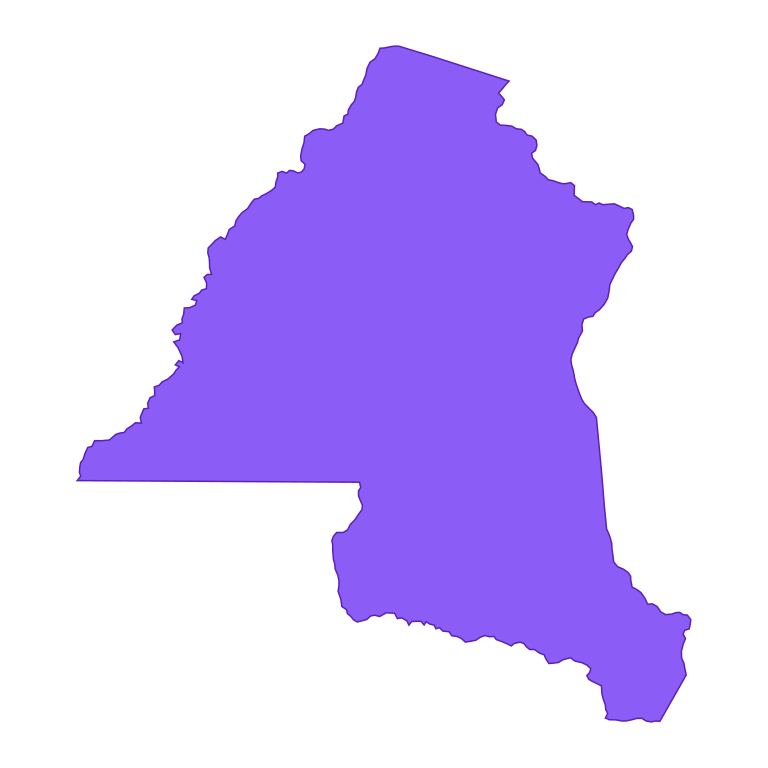 Reserva do Cabaçal, Mato Grosso, Brazil
{"feature_id": "56859067B45237202156931", "entity_name": "Reserva do Cabaçal", "entity_type": "district", "adm_level": 2, "iso_a3": "BRA", "parent_name": "Brazil", "parent_adm1": "Mato Grosso", "projection": "mercator", "projection_center": [-58.451, -14.934], "detail": "fine", "context": "isolated", "style": "filled", "palette": "violet", "viewbox_px": 768, "rotation_deg": 0, "n_neighbors": 0, "source": "geoboundaries", "source_scale": "gbopen_adm2", "svg_char_len": 4587}
<svg xmlns="http://www.w3.org/2000/svg" viewBox="0 0 768 768"><path d="M609.2,719.7L616.0,719.9L621.8,721.0L625.7,721.0L631.2,719.9L636.9,718.4L641.7,718.3L646.2,721.0L651.3,721.9L655.5,721.0L659.9,721.3L686.2,675.0L684.9,668.9L683.9,663.1L681.6,658.0L681.4,651.2L683.2,644.1L685.5,638.5L683.1,634.1L684.7,630.3L689.2,628.9L690.2,624.3L690.8,619.7L687.4,615.1L683.1,614.7L679.8,612.4L675.9,612.6L671.7,614.1L665.7,614.6L660.9,612.0L657.1,606.5L652.6,603.9L647.6,604.1L644.9,598.2L640.9,592.5L636.4,589.3L632.1,587.1L630.8,580.4L630.6,576.1L628.2,572.6L623.5,569.2L617.5,566.6L613.7,561.9L612.8,554.6L612.0,548.8L611.7,543.2L610.4,538.5L608.9,534.0L606.6,529.0L604.2,504.3L602.6,484.2L601.1,467.2L596.4,417.5L593.1,412.3L590.1,409.4L584.4,403.6L581.7,399.1L579.7,394.2L578.2,389.9L576.3,384.5L574.6,378.1L573.5,371.5L571.4,364.2L570.9,359.6L572.2,354.0L575.2,347.4L577.4,342.8L578.5,338.3L580.6,334.5L582.5,330.8L581.9,324.8L583.7,319.0L588.6,317.0L592.9,316.3L595.2,312.7L599.4,309.7L604.0,304.6L607.7,298.2L609.2,290.4L609.9,284.3L612.6,278.8L615.2,273.5L618.1,268.7L621.4,262.7L624.9,258.4L627.4,254.7L631.4,251.1L632.5,246.6L630.4,242.5L628.4,239.1L626.7,234.5L628.2,229.2L630.9,223.1L633.7,219.1L633.5,214.8L632.2,209.5L628.3,207.6L624.1,208.4L619.4,206.1L614.2,203.8L608.9,204.2L602.8,204.7L599.1,203.0L595.4,204.7L591.7,201.9L586.4,201.8L582.5,201.7L578.9,198.9L574.1,195.3L574.3,190.0L574.5,185.7L570.8,182.6L566.6,183.5L562.7,183.7L558.4,182.6L553.2,180.7L548.2,179.7L545.3,176.5L540.3,173.0L539.1,168.4L537.9,164.5L534.8,160.8L532.4,157.9L531.6,153.2L535.5,150.5L536.9,145.6L536.2,140.1L532.0,136.1L527.0,135.0L524.6,131.4L521.3,129.3L516.4,128.8L511.7,126.1L506.1,125.4L500.2,125.1L496.3,121.9L495.5,114.2L497.7,107.9L502.2,104.7L504.4,99.9L501.4,96.1L498.6,93.1L502.7,88.4L505.9,84.4L509.1,81.1L426.9,54.7L420.1,52.7L399.0,46.2L394.7,46.1L390.3,46.7L384.3,48.0L380.0,48.2L378.0,53.7L374.9,58.8L370.0,62.2L367.1,68.3L365.7,75.3L363.4,80.6L362.2,84.2L358.3,87.3L356.5,91.9L355.8,96.7L354.4,101.3L351.2,105.0L348.3,110.0L347.9,114.2L344.1,115.9L342.8,123.1L336.6,125.8L333.5,129.1L328.4,130.4L324.7,129.1L319.6,128.8L313.1,130.4L309.0,133.8L304.7,136.2L304.0,142.7L301.9,149.2L300.7,156.0L301.2,160.8L305.1,164.4L304.1,168.9L301.6,171.9L297.9,173.0L293.2,170.8L289.5,170.4L286.6,173.1L282.2,171.4L277.7,173.0L277.7,176.9L276.0,181.8L275.2,187.3L271.1,190.7L265.8,193.9L261.8,195.8L258.8,198.3L254.3,199.2L251.6,202.5L247.5,208.7L242.2,212.5L238.7,216.5L236.1,220.6L234.7,226.0L229.3,229.4L227.1,235.2L225.2,239.4L220.7,236.9L215.2,240.6L212.3,243.8L208.2,248.0L207.8,252.9L209.1,257.6L209.5,262.1L209.6,268.0L211.6,274.3L207.2,274.5L204.0,277.3L206.6,283.0L206.4,288.7L201.7,290.0L199.4,293.2L194.1,295.8L191.7,299.3L196.7,300.6L195.4,305.1L189.9,307.6L184.3,308.0L183.7,313.9L182.0,318.9L182.3,322.8L176.7,325.2L172.1,330.1L175.3,334.6L180.6,333.6L179.7,339.8L173.7,341.9L178.1,347.8L181.8,355.7L183.1,362.7L178.8,360.6L175.3,364.9L179.4,366.8L176.1,370.1L173.8,373.8L167.8,379.1L162.2,381.8L159.1,385.3L154.3,386.9L154.7,391.4L154.7,395.6L150.1,397.7L147.6,403.3L148.4,408.2L143.7,408.9L140.2,417.6L141.5,423.1L135.5,422.7L132.0,425.6L127.0,428.8L124.3,432.4L119.7,433.1L115.9,434.3L109.3,440.0L101.4,440.7L94.6,440.7L91.9,446.4L87.7,447.5L85.0,453.4L83.1,459.5L80.6,462.5L79.8,467.0L79.4,472.3L80.7,476.1L77.2,480.6L359.5,482.2L360.7,487.5L358.5,490.9L358.5,496.0L360.5,500.9L362.4,505.2L362.0,509.5L358.7,514.0L355.2,519.4L350.5,524.2L347.5,529.9L343.1,532.5L336.6,532.5L333.4,536.3L331.9,540.5L332.7,545.0L332.7,550.5L333.1,555.0L333.4,559.4L334.8,564.2L335.1,568.9L337.8,575.1L339.0,581.0L338.9,585.7L338.1,591.4L340.9,599.4L341.8,606.5L346.5,609.7L347.4,613.6L350.9,616.5L353.4,619.7L357.2,622.0L362.4,620.7L366.9,619.4L370.6,616.0L374.7,615.2L379.6,616.5L386.4,612.8L394.6,613.2L397.4,618.6L401.9,617.9L406.9,620.9L408.9,625.1L411.7,621.5L416.7,621.3L421.0,621.3L424.1,625.0L426.3,621.7L429.8,624.1L434.2,625.1L435.9,628.8L439.6,627.7L442.9,631.1L449.0,631.7L451.9,635.8L456.8,636.4L461.1,638.3L465.4,642.1L471.1,641.2L475.9,640.2L480.2,637.3L485.0,635.5L489.6,636.8L493.8,636.4L496.3,639.6L500.6,641.1L506.2,643.4L511.3,645.9L514.3,643.4L520.2,642.2L524.1,643.6L526.6,647.0L529.7,649.5L534.4,649.5L539.5,653.1L544.2,654.8L545.7,658.6L548.9,663.5L553.8,663.1L558.5,662.5L562.8,659.8L566.7,658.7L570.6,657.8L574.7,661.0L581.9,662.7L586.8,665.0L590.7,668.6L589.7,672.5L586.8,675.6L588.7,679.2L591.9,681.2L595.6,683.0L601.4,685.8L601.9,693.6L603.4,699.6L605.2,704.5L605.8,709.8L607.7,713.4L605.4,718.0L609.2,719.7Z" fill="#8b5cf6" stroke="#5b21b6" stroke-width="1.5"/></svg>